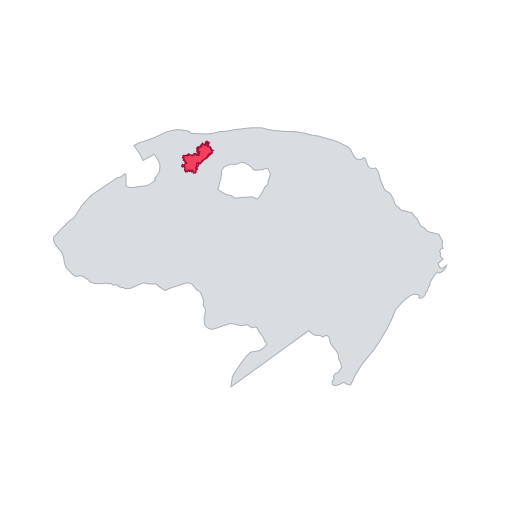 Umzinyathi, KwaZulu-Natal, South Africa (highlighted), rotated 236°
{"feature_id": "47623444B41861303399053", "entity_name": "Umzinyathi", "entity_type": "district", "adm_level": 2, "iso_a3": "ZAF", "parent_name": "South Africa", "parent_adm1": "KwaZulu-Natal", "projection": "equal_earth", "projection_center": [30.717, -28.61], "detail": "fine", "context": "in_parent", "style": "filled", "palette": "rose", "viewbox_px": 512, "rotation_deg": 236, "n_neighbors": 0, "source": "geoboundaries", "source_scale": "gbopen_adm2", "svg_char_len": 8774}
<svg xmlns="http://www.w3.org/2000/svg" viewBox="0 0 512 512"><g transform="rotate(236 256 256)"><path d="M341.8,93.9L352.4,92.1L357.2,93.1L362.9,96.0L368.3,97.0L377.4,96.0L380.5,96.4L383.0,97.4L384.8,98.9L387.4,110.2L389.6,122.3L389.5,126.2L389.8,127.7L392.4,132.8L393.4,136.0L394.9,138.6L398.1,151.4L398.5,153.6L398.4,184.6L397.1,188.3L397.6,193.1L396.1,193.8L387.1,187.6L385.6,187.8L383.1,190.1L380.7,193.7L379.6,196.8L375.1,205.1L374.8,210.4L375.2,214.9L376.7,215.0L377.7,218.3L380.2,223.4L384.3,226.7L388.1,228.2L393.5,228.6L397.7,228.5L397.4,225.0L398.4,215.7L405.5,216.9L415.9,216.5L415.1,222.6L411.3,236.3L408.8,251.8L405.7,259.5L403.9,262.7L398.9,268.4L396.2,270.3L394.0,270.9L385.4,282.3L382.2,287.8L379.3,295.8L376.5,300.2L372.4,309.5L365.2,323.3L359.1,332.3L356.4,334.9L354.6,336.1L349.8,341.3L343.0,349.7L337.9,357.1L330.2,365.5L325.7,369.1L319.1,376.3L317.2,377.4L309.7,384.1L304.3,388.1L295.6,392.8L292.1,394.1L283.7,392.9L280.3,393.6L277.4,396.4L277.2,400.5L276.0,401.1L268.3,399.2L265.2,399.5L263.4,401.7L262.0,404.4L257.6,404.6L249.7,401.7L240.5,400.0L238.3,399.8L233.9,401.9L232.4,402.2L225.9,401.8L222.2,400.4L218.8,400.4L216.2,401.5L213.0,401.9L204.6,409.5L200.2,409.6L196.4,410.4L189.5,409.4L187.5,409.9L185.5,411.2L180.9,411.8L179.2,413.0L171.6,419.9L168.4,419.2L164.3,419.1L159.6,415.4L157.8,415.6L158.2,414.5L158.3,412.5L156.6,410.5L154.8,410.7L153.7,409.0L151.0,408.8L148.7,409.3L148.0,402.9L146.9,402.3L144.1,402.1L142.8,402.3L142.1,402.9L141.5,404.4L141.7,408.9L140.7,407.6L139.4,404.9L138.9,402.1L139.2,398.7L141.2,397.4L140.4,393.1L136.8,385.6L134.7,384.0L133.0,380.2L131.3,378.8L130.6,376.1L128.9,374.0L128.3,370.6L129.0,368.6L130.3,367.6L131.7,369.3L133.4,368.6L135.7,366.2L136.9,362.4L136.7,356.4L136.2,352.7L133.8,343.0L132.8,340.8L128.2,333.8L122.7,324.5L115.7,309.8L112.2,300.9L106.8,283.0L102.3,272.8L96.8,263.2L96.1,262.6L96.8,261.5L99.4,259.3L100.6,258.7L101.3,258.9L101.9,258.3L102.5,256.8L102.8,253.5L103.9,249.9L104.9,248.4L107.3,247.4L109.2,248.7L110.0,250.0L110.4,251.7L111.2,252.6L112.5,252.5L113.4,253.6L114.1,255.8L114.0,257.3L113.3,258.3L113.5,259.6L114.5,261.2L115.6,264.7L120.6,266.5L123.4,266.8L126.0,267.6L128.6,269.2L132.6,269.6L138.2,268.8L142.8,269.1L146.5,270.7L149.2,270.9L150.8,270.0L151.4,268.6L151.1,266.8L151.9,265.6L153.7,265.1L155.1,263.8L156.2,261.5L158.7,259.7L162.6,258.3L164.6,258.3L161.5,162.0L168.9,168.7L170.7,171.8L174.5,180.9L178.4,192.0L179.2,197.4L179.0,198.6L175.6,205.9L175.5,209.5L176.1,213.7L177.0,215.8L178.1,216.5L180.6,215.5L184.6,216.6L192.1,216.1L195.8,216.7L196.8,216.3L197.6,215.4L198.5,212.9L199.4,212.1L202.8,210.9L204.4,209.5L206.7,204.5L214.0,197.7L214.8,196.1L219.1,180.0L220.5,177.7L222.6,176.1L226.6,174.9L229.1,175.6L231.7,177.0L234.7,179.4L239.2,183.7L240.7,184.4L245.1,184.6L247.8,187.5L256.1,189.4L258.5,189.3L261.0,187.8L265.2,187.8L269.7,186.7L272.4,183.9L277.5,166.2L278.0,162.3L278.6,161.2L282.9,159.2L288.1,157.7L289.2,156.9L292.4,151.9L296.7,147.8L299.5,133.6L301.4,130.2L302.6,128.8L303.4,128.8L304.5,127.9L305.9,126.2L307.6,125.1L309.6,124.7L310.9,123.5L311.4,121.6L312.4,120.7L313.9,120.7L314.7,120.1L314.9,118.8L318.1,115.8L318.2,114.5L320.0,111.5L323.6,106.7L327.0,104.0L330.2,103.5L336.1,101.0L338.2,98.8L339.5,95.6L341.8,93.9ZM333.2,301.7L338.4,299.4L342.1,296.3L343.0,290.7L345.9,287.2L346.9,284.0L347.7,279.5L346.0,274.9L343.6,273.5L339.2,269.5L337.3,266.7L334.7,264.4L332.8,261.7L329.8,262.6L325.2,264.8L322.3,266.8L319.9,269.3L315.6,271.0L311.6,278.6L310.3,280.4L307.2,286.0L302.6,288.7L302.5,289.7L304.1,294.2L306.3,298.8L308.5,302.4L308.5,304.7L309.2,306.5L311.2,307.7L314.6,312.3L316.3,313.8L321.4,314.9L322.2,314.6L323.5,311.9L323.7,309.9L327.1,304.0L328.5,302.2L333.2,301.7Z" fill="#d9dde1" stroke="#a8b0b8" stroke-width="1"/><path d="M359.3,251.4L359.0,251.9L359.2,252.3L359.0,252.8L359.3,253.2L360.1,253.6L360.7,254.5L360.8,255.1L360.9,255.5L361.0,255.7L360.9,255.9L361.3,256.0L362.0,255.6L361.9,255.5L362.1,255.4L362.6,255.6L362.4,255.9L362.9,256.2L362.9,256.6L362.6,256.7L362.8,257.4L362.6,257.6L362.8,257.5L362.9,258.0L363.7,256.8L364.8,258.0L365.2,258.2L366.0,258.9L365.7,259.7L365.7,259.9L365.7,260.4L365.3,260.5L364.0,259.6L364.3,260.9L364.0,261.2L363.8,261.3L363.8,261.5L363.9,261.8L364.1,261.9L364.0,262.7L364.3,263.1L364.2,263.3L364.4,263.4L364.6,263.6L364.6,264.0L364.9,264.2L365.0,264.6L364.8,264.6L364.7,264.9L364.6,265.1L364.7,265.5L364.9,265.6L365.0,267.6L364.8,268.5L364.8,269.3L364.7,270.1L365.1,270.3L365.8,271.0L365.7,271.1L365.3,271.4L365.1,271.3L365.2,271.9L365.6,272.0L365.7,272.7L365.5,272.9L365.6,273.2L366.0,272.8L366.0,273.3L366.5,273.3L366.6,273.6L366.4,273.6L366.2,273.8L365.9,273.8L365.9,274.0L365.7,274.2L365.7,274.4L365.7,274.7L365.5,274.9L365.5,275.1L366.0,275.3L366.6,275.1L366.6,275.7L366.0,276.8L366.3,276.9L366.3,277.5L366.8,277.4L367.0,277.8L367.3,278.0L367.2,278.0L367.7,278.2L367.6,279.3L368.3,278.8L368.8,278.5L369.3,278.5L369.4,278.2L369.7,278.2L370.3,279.0L370.5,279.0L371.2,278.9L371.8,278.7L372.0,278.9L372.3,278.3L373.4,277.9L373.5,278.2L373.7,278.3L373.7,278.0L374.1,277.9L374.2,277.5L374.2,277.4L374.3,277.2L374.4,277.3L374.5,277.4L374.4,277.6L374.5,277.8L374.7,278.0L374.8,277.9L374.8,277.7L374.9,277.8L375.1,277.8L374.9,277.9L375.0,278.2L375.1,278.3L375.2,278.5L375.0,278.9L375.0,279.0L375.6,279.4L375.8,280.0L375.9,279.8L375.7,279.1L375.8,279.1L375.8,278.9L376.1,278.8L376.1,278.6L376.3,278.2L376.7,278.2L376.6,278.5L376.7,278.8L376.7,278.7L376.9,278.8L376.9,279.1L376.6,279.3L376.7,279.7L376.9,280.0L377.1,279.5L377.3,279.8L377.5,279.6L378.0,279.5L378.4,279.6L378.5,279.5L378.6,279.2L378.5,278.8L378.6,278.7L378.6,278.3L378.3,278.0L378.1,277.8L377.9,277.7L377.7,277.4L377.9,277.3L377.7,277.1L377.6,277.3L377.4,277.1L377.1,277.1L376.9,277.2L377.0,277.0L377.0,276.9L376.8,276.9L376.8,276.7L376.7,276.8L376.6,276.7L376.4,276.8L376.3,276.6L376.4,276.4L376.3,276.5L376.2,276.3L376.0,276.2L376.3,276.0L376.5,275.8L376.7,275.7L376.8,275.8L376.9,275.7L377.2,275.5L377.2,275.3L377.1,275.2L377.7,274.6L377.8,274.8L378.0,274.9L378.4,274.6L379.0,274.7L379.4,274.6L378.9,273.7L378.5,271.8L378.3,271.8L377.9,271.8L378.2,271.6L378.3,271.5L378.1,271.3L377.8,271.5L377.9,271.4L377.4,271.2L377.5,270.9L377.6,270.7L377.3,270.2L377.5,269.9L377.7,269.7L378.2,269.5L378.3,269.3L378.6,269.4L378.8,268.8L378.6,268.8L378.3,268.1L378.6,267.7L378.5,267.3L378.2,267.3L378.1,267.1L377.7,267.3L377.5,267.7L377.6,268.0L377.8,268.3L377.7,268.5L377.4,268.6L377.1,268.5L377.0,268.4L377.2,267.7L377.2,267.4L377.1,267.2L377.1,266.9L376.8,266.4L376.7,266.3L376.3,266.8L376.2,266.9L376.0,266.7L375.7,266.6L375.4,266.8L375.1,266.7L375.4,266.2L375.5,265.9L375.5,265.6L375.2,265.7L374.9,265.5L374.7,265.6L374.5,265.4L374.3,265.3L374.1,265.4L374.1,265.6L374.3,265.9L374.4,266.0L374.2,266.4L374.0,266.5L373.9,266.6L373.9,266.8L374.0,267.3L373.8,267.5L373.6,267.2L373.1,266.9L373.1,266.6L373.5,266.5L373.7,266.3L373.7,266.2L373.4,265.8L372.9,265.6L372.4,266.0L372.2,265.8L372.2,265.5L372.1,265.3L371.8,265.1L371.6,265.0L371.5,264.9L371.6,264.7L371.8,264.7L372.2,264.5L372.5,264.3L372.8,263.8L372.5,263.5L372.5,263.3L372.7,263.2L372.9,263.3L373.7,263.9L373.8,263.7L373.7,263.3L374.1,262.9L374.7,262.9L374.8,262.9L375.8,261.5L375.4,261.7L375.1,261.4L374.9,261.1L374.2,260.7L374.4,260.4L374.5,260.0L375.1,260.0L375.7,258.6L378.3,257.1L378.2,255.4L377.4,255.9L377.5,255.4L377.8,254.7L379.0,253.3L379.4,252.6L379.9,251.8L379.3,251.4L379.2,251.5L378.8,250.6L378.4,251.0L378.0,250.3L377.8,250.3L377.7,250.6L377.8,250.9L377.8,251.0L377.6,251.0L377.2,251.0L376.9,250.7L377.0,250.6L376.9,250.5L376.7,250.3L376.7,250.5L376.5,250.4L376.7,250.2L376.6,249.9L376.4,249.7L376.2,249.8L376.0,250.0L375.9,249.8L375.8,250.0L375.8,249.9L375.6,249.9L375.3,250.0L375.3,249.9L375.2,249.9L374.8,250.2L374.7,250.2L374.4,250.1L374.1,250.1L374.0,249.9L373.8,249.9L373.7,249.8L373.5,250.0L373.1,249.9L372.9,250.0L372.8,249.9L372.6,250.1L372.3,250.1L372.0,250.4L371.8,250.3L371.8,250.2L372.3,249.2L372.5,249.2L372.2,249.1L372.0,248.8L371.7,247.9L371.4,247.5L372.5,246.2L372.8,246.2L372.7,245.7L372.6,245.4L372.4,245.2L372.0,245.0L371.9,244.8L371.6,244.8L371.3,244.8L371.0,245.0L371.2,245.3L371.1,245.5L370.9,245.5L370.8,245.8L370.9,246.0L370.9,246.3L370.8,246.2L370.8,246.4L370.9,246.5L370.6,246.6L370.5,246.8L369.8,246.7L368.9,246.2L368.4,246.2L367.9,245.9L367.0,244.8L366.3,244.9L365.2,244.8L365.1,245.3L365.2,245.5L365.6,245.6L365.4,245.9L364.9,246.1L364.5,246.0L364.2,246.4L364.3,246.8L364.4,247.5L365.0,247.7L364.9,247.9L364.7,248.0L364.4,248.6L364.1,248.5L363.3,248.4L363.2,249.1L363.4,249.1L363.4,249.3L363.1,249.4L363.2,249.6L363.0,250.4L363.0,250.8L362.7,250.8L362.5,250.3L362.3,250.4L362.2,250.1L361.9,249.9L361.8,250.6L362.0,250.6L362.0,251.2L360.9,250.9L360.4,250.9L359.8,250.6L359.4,251.5L359.3,251.4Z" fill="#f43f5e" stroke="#9f1239" stroke-width="1.5"/></g></svg>